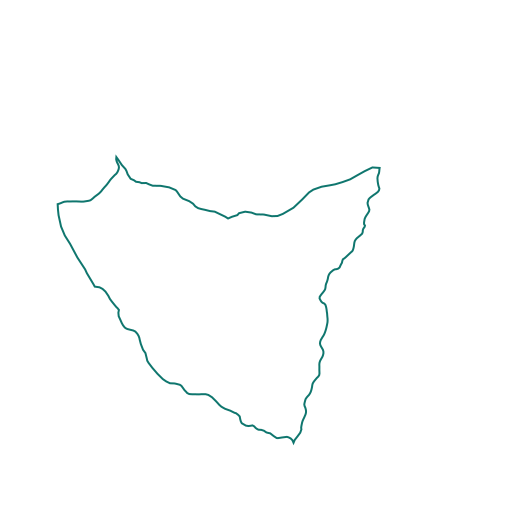 outline of Dungtoe, Samchi, Bhutan, rotated 50°
{"feature_id": "84629894B66933064417365", "entity_name": "Dungtoe", "entity_type": "district", "adm_level": 2, "iso_a3": "BTN", "parent_name": "Bhutan", "parent_adm1": "Samchi", "projection": "mercator", "projection_center": [89.168, 27.049], "detail": "fine", "context": "isolated", "style": "outline", "palette": "teal", "viewbox_px": 512, "rotation_deg": 50, "n_neighbors": 0, "source": "geoboundaries", "source_scale": "gbopen_adm2", "svg_char_len": 4679}
<svg xmlns="http://www.w3.org/2000/svg" viewBox="0 0 512 512"><g transform="rotate(50 256 256)"><path d="M88.8,374.6L93.2,377.9L97.8,381.0L108.1,386.4L117.4,389.3L127.1,390.6L142.3,393.8L156.4,395.5L160.4,396.6L173.4,398.7L175.8,399.2L179.4,396.0L182.6,394.7L186.5,394.2L191.5,394.7L195.0,395.5L198.1,395.7L202.6,395.8L205.4,395.8L207.0,395.6L209.2,395.7L211.0,397.9L213.9,399.9L217.2,400.8L221.0,401.9L223.6,402.4L226.4,402.5L227.9,402.1L229.2,401.5L231.6,399.8L234.2,397.9L236.3,397.0L239.3,396.9L241.7,397.3L243.7,398.0L245.4,398.9L249.4,400.8L255.2,402.8L259.3,403.1L264.6,405.7L266.3,406.6L268.8,407.0L275.1,407.3L282.8,407.2L290.4,406.5L294.4,405.4L298.2,403.7L301.3,400.3L302.6,399.3L305.7,397.1L307.5,396.6L310.5,396.8L312.7,397.0L315.4,396.8L316.7,396.8L318.8,395.9L320.4,394.3L322.8,391.5L325.2,388.8L326.6,386.9L329.4,383.5L331.8,381.8L335.9,380.5L341.3,380.0L343.3,379.9L346.4,379.8L349.1,379.4L351.1,378.7L353.2,377.9L358.0,375.1L359.2,374.6L362.4,373.2L363.5,372.4L366.0,371.8L368.4,371.6L371.1,373.1L373.1,374.0L375.0,374.4L376.6,373.8L379.4,372.8L381.4,371.1L382.8,368.9L383.5,367.6L385.3,366.9L387.6,366.8L389.1,366.4L390.6,365.8L392.6,363.7L395.0,362.2L397.4,361.6L398.4,361.1L401.0,359.1L405.3,358.2L408.7,357.2L409.6,356.3L411.7,352.8L414.4,348.6L415.9,347.6L418.1,346.7L420.5,346.5L423.2,347.3L421.8,344.6L420.9,340.3L419.8,335.7L418.0,332.7L416.6,331.8L415.4,330.5L414.3,329.1L413.2,327.7L412.3,326.3L411.5,324.7L410.8,323.1L410.0,321.5L409.2,319.9L408.2,318.5L406.9,317.3L405.4,316.4L403.8,315.7L402.1,315.2L400.6,314.3L399.5,312.9L398.5,311.5L397.5,310.0L397.0,308.3L396.7,306.6L396.5,304.8L396.0,303.1L395.3,301.5L394.4,300.0L393.4,298.6L392.3,297.2L391.1,295.9L390.1,294.5L389.5,292.8L389.1,291.1L388.8,289.4L388.5,287.6L388.4,285.8L387.9,284.2L386.8,282.9L385.4,281.8L384.0,280.7L382.6,279.5L381.3,278.4L379.9,277.3L378.7,276.1L377.7,274.6L377.0,273.0L376.4,271.3L375.8,269.7L374.9,268.2L373.8,266.8L372.4,265.7L370.8,265.0L369.1,264.7L367.3,264.4L365.6,264.0L364.1,263.2L362.9,261.9L362.0,260.4L361.4,258.7L360.8,257.0L360.3,255.3L359.6,253.7L358.8,252.2L357.9,250.7L356.9,249.2L355.9,247.8L354.8,246.4L353.7,245.0L352.6,243.7L351.3,242.5L349.9,241.4L348.4,240.4L347.0,239.4L345.6,238.4L344.1,237.5L342.6,236.5L341.1,235.6L339.5,234.8L337.9,234.2L336.2,234.3L334.6,235.1L332.9,235.3L331.1,235.0L329.4,234.6L328.2,233.4L327.7,231.7L327.3,230.0L327.0,228.2L326.6,226.5L326.2,225.1L325.7,224.1L324.6,222.8L323.3,221.5L322.3,220.1L321.5,218.5L320.6,217.0L319.6,215.6L318.4,214.2L317.5,212.8L316.8,211.1L316.5,209.4L316.5,207.6L316.5,205.9L316.9,204.2L317.9,202.7L318.5,201.1L318.5,199.3L317.7,197.7L317.0,196.1L316.4,194.5L315.3,193.1L314.4,191.6L314.6,189.8L314.6,188.1L314.5,186.3L314.4,184.6L314.3,182.8L314.2,181.0L314.2,179.2L313.6,177.7L312.6,176.2L311.5,174.8L310.3,173.5L309.1,172.2L308.1,170.8L307.5,169.1L307.2,167.4L307.2,165.6L307.2,163.8L307.2,162.0L307.1,160.3L306.2,158.8L304.9,157.6L304.0,156.1L303.6,154.3L302.8,153.0L301.0,152.7L299.7,151.6L298.5,150.2L297.4,148.9L296.6,147.3L296.0,145.6L295.5,143.9L295.0,142.2L294.4,140.6L293.3,139.3L291.7,138.6L290.1,138.0L288.4,137.3L287.0,136.4L286.0,134.9L285.0,133.4L284.7,131.7L284.7,129.9L284.8,128.2L284.9,126.4L285.1,124.7L285.2,122.9L285.2,121.2L284.7,119.5L283.6,118.1L282.0,117.5L280.4,116.8L278.8,115.9L277.3,115.0L275.9,114.0L274.5,113.0L273.3,111.7L272.4,110.2L271.6,108.6L270.5,107.3L269.2,106.0L268.0,104.7L263.0,109.9L260.9,118.1L259.3,126.4L257.8,134.6L255.0,142.2L252.0,149.2L249.2,154.2L245.1,161.2L242.0,169.4L241.4,174.5L242.4,184.3L243.1,196.3L241.0,208.4L239.2,213.8L235.7,218.3L229.2,223.4L224.2,229.1L219.8,231.6L215.1,235.8L212.3,241.5L212.7,244.0L210.5,249.2L209.3,253.3L206.1,254.3L195.5,259.1L192.1,262.3L187.7,265.5L184.9,267.7L182.1,269.6L178.9,270.6L175.5,270.6L171.1,271.9L165.1,275.1L161.7,275.7L155.7,275.1L153.8,275.2L147.6,278.4L141.0,283.9L138.5,286.8L135.7,290.0L132.3,291.9L129.5,293.2L126.7,296.7L124.5,297.9L122.0,300.2L119.5,300.8L116.3,302.4L111.0,301.8L107.7,300.6L105.4,300.1L100.1,300.3L93.4,299.6L90.5,299.4L92.0,300.9L93.5,301.7L95.2,302.3L97.0,302.7L98.7,303.2L100.1,304.1L101.2,305.4L102.1,307.0L102.8,308.6L103.2,310.3L103.2,312.1L103.4,313.9L103.6,315.7L103.8,317.4L104.1,319.1L104.6,320.8L105.0,322.5L105.4,324.2L105.7,326.0L105.9,327.7L106.2,329.5L106.5,331.2L106.9,332.9L107.1,334.7L107.2,336.4L107.1,338.2L107.0,339.9L106.9,341.7L107.0,343.5L107.0,345.2L106.9,347.0L106.2,348.6L105.3,350.1L104.4,351.6L103.5,353.1L102.4,354.5L101.2,355.8L100.0,357.1L98.8,358.4L97.7,359.7L96.6,361.0L95.5,362.4L94.4,363.8L93.2,365.1L92.2,366.5L91.2,368.0L90.6,369.6L90.1,371.3L89.5,373.0L88.8,374.6Z" fill="none" stroke="#0f766e" stroke-width="2"/></g></svg>